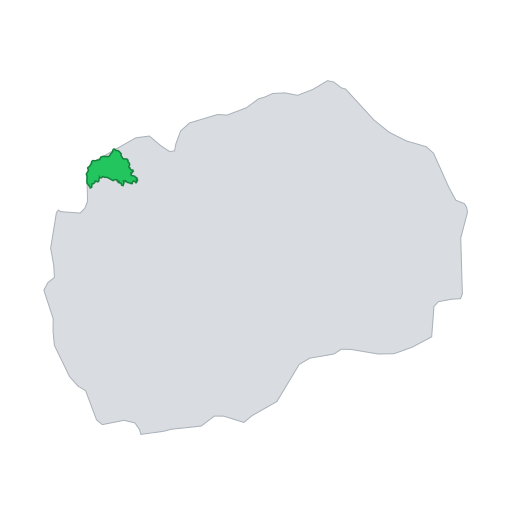 location of Tetovo, Tetovo, North Macedonia, rotated 356°
{"feature_id": "65306769B82420997238505", "entity_name": "Tetovo", "entity_type": "district", "adm_level": 2, "iso_a3": "MKD", "parent_name": "North Macedonia", "parent_adm1": "Tetovo", "projection": "orthographic", "projection_center": [20.883, 42.045], "detail": "fine", "context": "in_parent", "style": "filled", "palette": "green", "viewbox_px": 512, "rotation_deg": 356, "n_neighbors": 0, "source": "geoboundaries", "source_scale": "gbopen_adm2", "svg_char_len": 2850}
<svg xmlns="http://www.w3.org/2000/svg" viewBox="0 0 512 512"><g transform="rotate(356 256 256)"><path d="M227.7,112.2L236.9,113.4L256.9,107.4L269.4,99.4L275.7,98.1L284.1,95.0L296.3,95.3L308.7,98.6L324.3,93.8L339.6,86.1L345.8,87.9L352.6,94.1L357.0,95.7L383.2,128.6L397.5,141.9L414.3,151.8L433.4,158.8L440.3,165.9L453.2,201.1L459.3,214.4L467.4,218.2L469.5,222.1L470.0,227.2L461.5,252.4L459.2,308.3L457.0,312.8L447.4,312.8L434.8,314.3L430.0,318.7L425.6,348.9L405.3,357.9L386.8,363.1L371.1,362.3L343.5,355.7L334.5,355.0L326.9,359.2L302.4,361.7L291.6,367.1L266.7,402.6L241.1,414.9L232.3,421.2L212.6,413.5L203.2,412.8L189.6,421.8L159.8,422.9L151.7,424.4L128.7,425.9L127.7,421.0L123.5,414.0L112.8,410.7L90.9,413.5L85.5,408.3L76.6,378.4L69.6,373.6L61.7,363.5L48.6,331.0L48.3,316.8L49.3,304.4L42.0,275.3L46.6,267.9L53.4,263.3L53.6,251.6L51.7,233.8L59.9,198.9L62.1,196.4L64.1,198.1L83.5,200.9L88.6,196.5L91.8,189.6L92.9,164.0L97.5,152.2L144.3,129.7L158.0,128.9L168.6,139.2L177.0,145.7L182.1,145.5L183.8,138.8L189.5,126.0L199.0,118.6L227.4,112.2L227.7,112.2Z" fill="#d9dde1" stroke="#a8b0b8" stroke-width="1"/><path d="M128.3,176.5L129.5,173.6L128.9,171.9L131.0,171.7L131.2,172.6L133.5,173.9L135.3,174.3L136.2,175.1L137.6,175.1L137.7,174.1L139.1,172.7L140.2,173.0L141.4,174.6L142.6,173.3L142.2,172.3L143.2,171.8L142.8,170.8L142.1,170.7L142.5,169.6L141.0,168.8L140.5,167.9L137.2,166.9L137.1,164.6L137.7,164.9L138.9,162.9L139.4,163.0L139.1,161.9L138.8,162.3L136.7,160.6L136.0,159.5L136.3,159.2L135.4,158.5L135.2,157.8L136.3,156.5L136.2,154.6L134.8,152.9L135.0,151.6L134.2,150.4L130.0,149.6L128.3,146.0L128.7,144.6L126.7,142.0L125.4,141.2L123.5,140.9L122.4,139.4L121.3,139.5L121.0,139.8L120.5,140.6L120.5,141.0L119.8,142.5L118.7,143.6L117.8,144.4L117.1,145.4L117.0,145.6L116.4,146.2L116.2,146.4L116.0,146.5L115.7,146.5L115.1,146.6L114.8,146.5L114.7,146.4L113.0,146.2L112.6,146.2L112.3,146.2L110.7,146.0L109.7,146.0L108.0,146.6L107.8,147.1L107.6,147.5L106.8,148.9L106.3,149.0L105.7,149.2L104.6,149.3L103.9,149.4L103.2,149.7L102.8,149.7L101.3,149.7L100.8,149.6L100.4,149.5L100.1,149.4L99.9,149.4L99.6,149.5L98.6,150.5L98.4,151.3L98.5,151.4L98.2,152.4L97.2,153.8L96.3,154.8L95.9,155.1L95.2,155.6L94.6,155.9L94.5,156.1L94.2,156.4L94.3,157.2L94.4,157.4L94.6,157.7L94.7,158.5L94.7,159.3L94.0,160.1L93.7,160.6L93.4,161.1L92.6,162.1L92.5,162.4L92.5,162.7L92.7,163.6L93.1,164.7L92.9,166.1L92.8,167.6L92.6,168.9L92.5,170.1L92.5,171.2L92.7,171.9L93.2,172.5L94.2,174.0L95.1,175.6L95.5,176.4L95.5,176.5L96.9,176.0L97.4,172.6L98.7,172.6L100.3,171.5L100.8,170.0L103.5,171.0L104.6,170.0L104.7,167.9L105.5,167.1L105.5,166.3L106.0,167.0L107.2,167.3L108.7,166.0L110.6,167.0L112.9,167.1L118.8,170.9L119.6,170.2L122.5,170.1L122.7,171.5L123.7,171.6L123.6,172.5L124.6,172.3L124.4,173.4L126.6,174.0L126.8,175.9L128.3,176.5Z" fill="#22c55e" stroke="#15803d" stroke-width="1.5"/></g></svg>